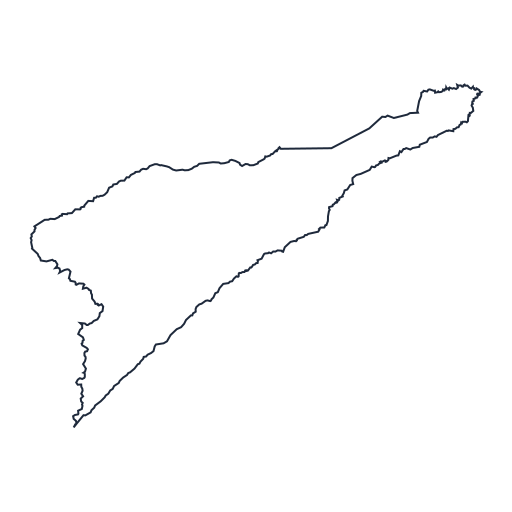 outline of Jaborandi, Bahia, Brazil
{"feature_id": "56859067B63285014650329", "entity_name": "Jaborandi", "entity_type": "district", "adm_level": 2, "iso_a3": "BRA", "parent_name": "Brazil", "parent_adm1": "Bahia", "projection": "mercator", "projection_center": [-45.328, -14.136], "detail": "fine", "context": "isolated", "style": "outline", "palette": "slate", "viewbox_px": 512, "rotation_deg": 0, "n_neighbors": 0, "source": "geoboundaries", "source_scale": "gbopen_adm2", "svg_char_len": 5913}
<svg xmlns="http://www.w3.org/2000/svg" viewBox="0 0 512 512"><path d="M353.2,184.1L352.4,180.8L352.5,178.1L356.4,175.0L360.7,173.9L369.7,169.9L371.7,166.6L374.5,167.2L375.2,166.9L376.0,165.5L378.0,164.9L379.1,163.6L381.2,162.8L380.1,161.8L380.9,161.3L382.0,161.8L384.9,160.4L385.7,160.8L385.7,161.8L386.6,161.6L388.3,160.0L388.5,158.0L389.8,158.3L396.5,155.6L398.3,155.4L399.9,151.2L401.4,152.1L403.5,149.0L404.7,149.0L406.2,148.1L410.3,149.5L412.7,148.0L419.3,146.8L419.8,144.7L426.9,142.0L428.6,138.8L430.2,137.5L432.8,137.5L434.7,136.4L436.5,136.8L438.0,135.0L446.8,130.7L447.9,131.0L448.6,130.4L453.3,131.2L453.5,129.1L455.4,128.8L456.9,127.4L458.6,127.2L459.6,124.9L460.7,124.5L461.2,122.5L462.0,123.2L462.6,121.8L465.5,121.7L466.8,122.3L467.9,121.2L468.4,115.8L469.1,116.2L469.7,115.7L469.0,114.4L470.2,113.6L470.0,112.9L470.9,112.9L473.3,110.9L472.8,107.6L471.6,105.6L472.0,104.1L472.8,103.8L472.2,102.2L472.5,101.4L473.8,100.8L473.5,99.0L475.6,98.3L475.6,97.5L477.2,97.5L477.9,95.8L477.1,94.4L477.3,93.7L478.0,93.5L479.0,95.0L479.7,94.8L479.9,93.1L481.3,92.0L480.0,91.7L479.1,90.0L476.7,88.5L476.4,89.4L475.2,89.9L474.2,89.3L474.4,88.2L473.0,87.6L472.9,86.8L471.3,88.6L469.5,87.7L467.5,85.6L465.3,85.7L464.6,84.6L463.5,85.3L463.2,86.5L462.2,86.7L460.8,85.4L458.4,85.6L457.2,84.9L457.9,87.6L456.1,89.0L453.8,88.1L452.4,88.7L449.7,87.6L448.9,89.7L448.3,89.1L448.5,88.2L446.8,88.7L446.2,87.5L446.0,89.3L445.1,89.1L444.5,90.4L443.1,89.6L442.7,91.1L441.0,92.0L438.9,92.2L438.2,91.4L437.4,92.2L435.1,92.7L434.9,90.6L433.7,90.8L429.8,89.4L428.4,89.7L427.1,91.5L423.6,90.8L423.1,91.8L421.3,92.8L421.2,96.0L419.1,101.1L417.2,110.9L418.0,112.7L409.9,113.1L407.4,114.6L393.8,118.0L387.6,115.6L385.4,117.0L382.2,116.7L369.3,128.4L331.4,148.2L280.8,148.8L279.5,147.2L278.7,148.0L279.0,148.5L276.6,150.2L277.2,150.5L276.9,151.2L275.0,151.4L272.6,154.0L271.2,154.1L270.1,155.5L266.6,156.7L265.3,156.4L264.6,158.6L263.7,159.3L258.3,162.1L257.8,163.5L253.4,165.2L249.9,165.3L247.8,164.2L245.6,164.0L242.1,166.0L240.1,164.7L239.5,163.0L235.3,160.9L231.6,159.8L229.7,160.4L228.8,162.0L224.3,163.2L220.7,163.5L218.9,162.5L213.0,162.2L199.2,163.8L197.1,165.9L194.2,166.8L191.8,168.7L188.3,170.1L184.7,170.3L182.5,169.7L176.2,170.5L172.9,169.6L169.2,167.2L166.8,166.4L161.1,165.1L160.2,165.4L157.0,164.2L154.8,164.2L149.6,166.1L147.7,168.4L146.2,169.2L143.1,168.8L141.1,169.7L139.5,171.6L135.4,172.0L134.8,173.0L130.9,174.9L128.9,177.4L126.6,177.3L124.4,180.6L120.8,180.7L119.0,181.5L116.9,183.9L113.3,184.5L112.4,186.4L109.1,187.7L107.2,192.2L104.6,194.7L102.6,195.8L100.4,195.9L98.7,196.7L97.0,196.3L95.9,197.7L94.1,197.8L93.1,201.2L88.3,200.9L84.3,205.6L84.2,206.7L81.4,207.2L80.6,207.9L80.7,208.8L80.1,209.4L75.3,209.3L71.9,213.1L67.6,213.4L67.1,214.2L62.5,213.9L61.8,214.3L62.0,215.6L59.7,216.0L59.0,217.0L54.7,219.1L50.3,218.8L48.4,219.7L44.7,219.8L34.4,226.4L35.6,228.0L34.5,229.9L34.5,231.4L31.4,234.4L31.8,236.5L30.7,238.1L31.6,240.1L31.1,242.2L32.3,247.9L32.0,248.6L37.7,253.9L38.5,256.0L40.1,258.0L40.8,260.5L46.5,261.4L52.4,259.8L53.7,260.9L55.3,261.0L57.4,264.3L57.0,266.1L55.3,268.1L57.9,267.7L59.5,268.5L60.2,271.1L59.5,272.6L64.5,270.0L67.3,269.3L68.7,269.6L70.5,271.6L68.9,278.3L69.9,279.1L70.4,280.8L74.9,281.7L75.6,282.7L75.7,284.5L76.4,284.8L79.0,283.4L83.4,283.7L84.4,284.6L83.3,286.3L82.9,288.7L86.5,287.7L88.6,289.0L89.0,289.9L90.8,290.6L91.1,293.3L91.9,294.6L92.1,298.6L94.6,301.6L95.4,303.9L97.4,303.7L98.0,304.1L97.8,304.9L98.7,305.5L101.5,304.2L103.2,306.6L102.5,311.1L99.8,313.1L99.4,316.2L97.4,319.4L93.8,320.9L91.6,323.1L89.9,323.5L87.8,325.0L86.7,325.0L84.9,323.5L80.1,323.0L82.2,325.0L82.2,328.1L80.1,329.7L78.2,334.0L82.9,337.3L83.3,338.3L83.8,339.9L82.6,340.9L82.5,342.8L81.6,343.7L82.3,345.4L86.7,347.9L87.9,349.3L87.1,351.2L85.2,351.6L84.4,353.0L84.5,355.6L85.5,356.8L85.7,358.4L85.0,361.1L83.1,364.1L85.9,368.6L85.0,371.7L83.5,372.7L84.4,373.0L84.8,374.0L84.8,376.9L84.3,377.9L82.2,379.0L79.9,378.2L79.2,378.6L77.8,379.7L76.2,382.5L77.7,384.7L81.2,384.5L81.3,386.8L82.3,388.6L82.6,390.8L81.3,393.7L83.1,396.3L80.7,398.6L81.2,401.5L82.7,402.9L82.0,404.6L82.5,405.8L81.8,409.0L78.1,410.7L78.4,413.7L78.0,414.4L74.9,415.0L73.1,416.2L73.7,418.9L76.0,420.9L76.5,423.8L83.5,415.2L85.3,415.4L90.6,412.4L91.5,410.2L94.2,407.7L95.1,405.5L100.7,401.3L104.7,397.3L105.7,395.5L108.3,393.7L110.2,390.5L112.7,388.9L114.1,386.0L118.7,383.0L119.7,380.9L123.2,377.5L127.0,375.0L128.3,373.0L130.0,372.4L134.5,368.6L137.8,364.2L139.4,363.7L140.5,361.6L143.2,358.8L143.7,356.9L146.1,356.5L147.6,354.7L151.1,353.0L153.5,351.1L154.7,346.4L155.9,344.5L163.6,343.3L167.0,341.3L170.5,335.1L176.7,329.2L181.1,327.2L184.1,323.8L186.0,320.0L190.9,315.4L192.3,315.4L193.0,313.4L195.7,311.7L195.6,309.1L196.4,307.0L199.3,304.4L201.6,303.7L205.6,300.8L207.5,300.4L210.2,301.1L211.0,300.6L211.5,299.3L213.4,297.5L215.3,293.2L217.8,292.2L219.5,288.2L223.2,283.9L228.5,283.1L229.9,281.7L232.2,281.2L233.9,278.6L236.4,276.3L238.0,276.8L238.6,276.4L238.8,273.4L239.3,272.9L240.9,273.0L242.4,272.1L244.4,272.0L245.3,270.4L246.3,270.3L246.3,271.0L247.9,270.6L250.3,267.4L251.3,267.5L252.0,266.7L253.1,264.9L254.8,264.5L256.2,263.1L257.6,263.0L257.9,261.1L257.5,260.2L261.6,258.7L264.0,254.1L265.0,253.5L268.0,253.2L269.0,252.5L271.1,253.3L273.2,251.5L275.4,251.6L277.6,250.4L281.6,250.7L282.1,251.5L283.1,251.8L284.8,247.2L290.5,241.9L294.1,241.0L296.1,241.2L296.9,240.4L296.7,239.7L297.8,238.7L303.8,236.8L305.1,235.0L306.7,235.1L308.2,233.9L318.2,231.7L319.5,229.5L319.0,229.0L320.4,227.6L324.3,227.5L325.4,225.2L326.4,225.1L327.9,221.0L328.0,216.4L328.9,211.2L329.7,209.9L329.0,208.3L329.1,207.1L332.5,206.2L332.8,204.7L333.9,204.3L335.5,202.4L336.2,202.0L336.3,202.7L337.0,202.5L337.5,201.5L337.0,199.8L338.6,200.3L339.2,199.8L339.3,197.9L342.7,196.5L342.3,195.8L343.8,193.2L344.6,190.4L347.3,189.5L350.2,185.0L353.2,184.1ZM76.5,423.8L75.3,424.3L73.7,427.4L76.5,423.8Z" fill="none" stroke="#1e293b" stroke-width="2"/></svg>